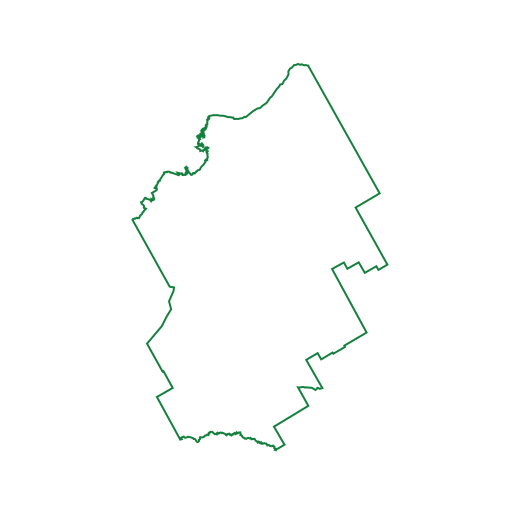 Bahía Blanca, Buenos Aires, Argentina, rotated 106°
{"feature_id": "61730980B87066922657052", "entity_name": "Bahía Blanca", "entity_type": "district", "adm_level": 2, "iso_a3": "ARG", "parent_name": "Argentina", "parent_adm1": "Buenos Aires", "projection": "natural_earth1", "projection_center": [-62.323, -38.588], "detail": "fine", "context": "isolated", "style": "outline", "palette": "green", "viewbox_px": 512, "rotation_deg": 106, "n_neighbors": 0, "source": "geoboundaries", "source_scale": "gbopen_adm2", "svg_char_len": 6132}
<svg xmlns="http://www.w3.org/2000/svg" viewBox="0 0 512 512"><g transform="rotate(106 256 256)"><path d="M434.9,181.6L429.5,176.6L415.1,191.7L385.6,164.4L370.7,179.4L370.5,178.0L369.2,175.4L368.9,174.2L368.9,172.4L368.5,171.8L367.3,165.9L368.4,161.9L367.3,161.1L366.4,160.9L365.8,160.5L365.7,159.8L366.2,158.3L364.7,155.8L342.0,179.1L332.4,170.0L337.4,164.8L327.7,155.8L328.6,154.7L318.9,145.4L317.8,146.4L299.1,128.6L247.5,179.3L238.0,169.7L243.1,164.7L233.8,155.5L242.2,146.8L232.7,137.5L235.6,134.5L228.1,127.3L182.0,173.6L161.7,154.4L58.6,258.4L58.8,258.8L58.7,260.8L59.3,261.8L59.4,263.5L59.1,264.8L60.1,266.4L59.8,268.0L60.0,268.7L61.2,270.1L62.0,272.0L65.3,273.6L66.4,274.9L69.6,275.8L72.5,274.8L77.2,275.8L79.6,277.3L83.4,278.0L84.5,280.1L86.6,280.4L89.6,282.0L98.0,284.7L100.1,286.1L105.9,288.0L109.9,291.3L112.0,292.4L113.2,293.7L113.5,294.8L114.1,295.6L117.5,298.7L125.1,304.0L125.6,305.8L126.6,306.4L127.6,307.6L128.1,309.1L129.2,310.8L129.5,312.6L130.3,314.4L130.2,315.2L129.2,316.0L129.5,316.7L129.5,318.7L130.2,320.7L130.1,325.4L131.1,329.8L131.2,331.5L132.5,336.1L134.3,339.4L134.9,340.0L135.5,340.2L135.8,339.7L136.1,339.8L136.2,339.2L136.6,339.4L136.7,338.9L137.1,338.9L137.8,339.3L137.9,340.3L138.6,340.6L138.9,340.4L139.0,339.9L141.7,339.6L142.9,339.0L143.3,339.2L143.6,340.2L144.4,340.3L145.1,340.1L145.3,339.1L145.7,339.1L146.5,340.0L146.7,339.4L147.3,339.3L147.4,339.6L148.0,339.6L147.9,340.2L148.4,341.1L148.1,341.9L149.5,342.9L150.1,342.9L150.6,342.3L150.0,341.9L150.0,340.8L150.8,341.2L151.2,342.4L151.5,341.9L151.0,341.6L151.0,340.8L152.1,340.3L152.3,341.2L151.9,341.4L152.4,341.6L152.3,342.4L152.8,342.3L152.6,340.9L153.3,340.5L153.2,341.8L153.8,342.9L154.7,341.8L154.2,341.1L153.8,339.5L154.8,339.4L154.8,338.6L155.7,338.5L155.4,339.1L156.1,339.4L155.0,339.8L154.7,340.9L155.2,341.0L155.2,341.4L155.5,341.5L155.6,342.7L155.2,343.3L155.7,343.8L155.8,344.5L157.1,345.6L157.7,344.8L157.4,344.4L157.3,342.7L158.4,344.0L158.6,342.4L159.3,342.0L160.0,342.9L161.2,342.5L162.8,342.9L164.2,342.8L164.3,342.6L163.7,342.3L163.7,341.6L164.1,341.1L163.7,339.4L162.7,339.0L163.7,337.6L164.8,336.8L165.6,336.9L165.8,337.1L165.0,338.0L165.3,338.9L165.3,339.4L164.5,339.5L165.4,340.5L165.0,341.3L165.8,341.3L167.2,342.4L167.8,343.5L167.9,343.0L168.5,342.4L168.4,341.9L168.8,341.4L168.8,339.6L169.8,338.7L170.4,338.5L169.5,337.1L169.8,335.8L168.8,335.8L168.5,335.0L167.6,334.5L166.9,335.0L165.7,334.4L165.9,333.7L165.5,333.7L165.5,333.1L165.0,332.8L165.3,332.1L165.2,331.7L165.6,331.7L167.2,333.4L168.1,333.0L168.5,332.5L168.4,332.2L168.7,331.9L168.6,331.3L168.8,331.2L169.2,331.5L169.1,332.3L169.5,332.4L170.6,331.6L171.1,330.7L172.3,330.6L174.5,329.5L175.3,329.9L177.3,329.3L177.5,330.0L177.2,330.7L177.9,331.1L178.5,331.2L179.3,330.9L179.3,330.6L179.9,330.7L183.0,331.7L184.7,332.9L187.2,333.7L188.0,333.6L188.7,334.0L189.7,335.7L190.7,336.0L190.8,336.4L191.3,336.8L191.9,336.8L193.4,337.6L193.3,338.1L192.4,338.7L193.3,338.4L193.7,338.6L193.6,339.1L193.9,339.6L195.3,339.7L195.9,340.7L193.9,343.7L192.0,345.7L190.0,346.3L189.9,346.9L189.5,347.6L190.1,347.7L190.7,348.4L191.6,347.8L191.9,347.0L193.6,346.3L194.6,345.5L194.7,346.0L195.2,346.5L196.0,346.5L196.2,345.3L197.5,346.1L197.6,347.0L198.1,347.7L198.0,348.4L198.4,349.1L197.9,349.8L197.0,349.7L196.9,350.1L197.7,351.0L197.5,352.1L197.6,354.2L197.9,353.8L197.8,353.1L198.4,353.2L199.2,352.4L199.6,352.5L199.2,359.1L199.4,361.4L199.0,361.5L199.0,363.5L199.4,364.3L199.8,364.5L199.7,365.1L199.9,365.4L200.2,365.3L201.2,367.6L202.7,367.0L204.1,367.9L207.3,368.7L208.4,369.2L210.1,369.2L210.2,369.7L211.0,370.0L210.9,370.3L212.2,370.7L212.5,370.3L215.6,371.0L216.0,371.1L215.9,371.4L216.7,371.7L217.2,371.6L217.1,370.7L218.2,370.5L218.4,372.2L218.6,372.2L218.4,370.5L218.9,370.2L219.0,369.7L219.8,369.7L221.0,370.4L224.1,373.5L226.3,371.3L226.8,371.3L227.4,370.8L228.4,370.9L228.9,370.5L228.8,369.7L229.2,369.5L230.1,369.8L230.0,370.2L230.5,370.3L230.6,370.7L230.2,372.1L231.7,371.5L232.3,371.7L231.9,372.6L231.1,373.4L231.2,376.9L230.4,378.0L230.9,378.8L231.6,378.6L232.3,379.3L234.0,379.5L235.5,380.4L236.1,381.3L237.5,380.1L237.9,378.6L238.5,377.7L239.5,377.2L240.4,377.2L240.8,376.7L240.7,375.4L240.9,374.8L243.4,376.2L244.6,376.3L245.4,377.1L246.9,377.1L248.7,378.3L248.9,378.2L249.3,378.5L251.8,378.9L251.8,379.4L252.3,380.1L252.1,381.2L253.4,382.3L253.3,383.0L253.8,383.3L254.2,384.3L255.3,384.7L309.3,330.5L308.8,326.2L312.1,325.6L323.6,327.1L330.6,322.9L338.9,325.2L349.4,327.2L370.3,336.6L392.9,313.9L392.2,313.2L405.8,299.7L418.8,312.4L453.4,278.2L452.5,276.9L451.7,277.9L451.3,277.9L450.0,276.4L449.5,275.7L450.2,274.5L450.0,273.3L448.5,271.5L448.3,269.3L448.4,266.5L449.1,265.4L448.8,264.6L448.9,264.0L450.9,261.6L450.9,260.7L449.6,259.8L448.4,260.1L447.5,259.4L445.9,259.9L445.5,259.7L445.5,258.2L444.3,256.3L443.1,255.8L442.7,255.5L442.5,254.7L441.3,253.9L441.0,253.1L441.3,252.5L440.8,252.2L439.8,252.7L439.0,252.6L438.9,251.8L438.3,251.9L437.6,251.3L437.1,249.5L437.5,249.1L438.6,246.4L437.8,245.0L438.3,244.5L438.3,244.2L437.8,243.9L437.2,244.8L436.4,244.3L436.7,243.2L436.5,242.2L435.9,242.2L435.3,240.8L435.7,240.1L435.1,239.4L435.6,237.0L435.5,236.3L435.6,235.9L436.2,235.7L436.5,234.9L434.9,234.1L434.8,233.4L434.1,232.9L434.4,232.0L435.0,232.0L435.3,230.0L434.7,229.6L434.2,229.9L433.7,229.5L433.7,228.8L432.0,227.9L432.0,227.1L432.9,226.6L432.4,226.1L430.9,226.0L431.5,224.6L430.5,224.1L429.9,222.5L430.8,222.2L431.3,221.6L432.4,221.7L432.6,220.6L432.5,220.2L433.8,218.9L434.1,218.2L434.0,217.3L434.6,216.5L434.3,215.6L434.5,215.1L433.0,213.6L433.1,211.0L433.1,210.6L432.6,210.7L432.9,209.8L433.2,209.5L432.9,209.2L432.9,208.6L432.2,207.0L433.6,205.4L434.0,204.3L433.9,203.9L434.9,202.9L434.3,202.4L434.6,201.2L433.9,201.4L434.3,200.3L433.6,199.8L434.1,198.8L434.7,199.1L434.9,198.9L434.6,197.6L433.6,196.5L433.7,195.3L433.5,194.4L433.9,194.1L434.3,193.3L434.9,192.9L434.3,192.2L434.2,191.2L434.7,190.6L434.4,190.1L434.7,189.4L434.4,188.1L433.6,187.5L433.6,187.0L434.1,186.6L434.4,185.6L435.5,185.6L435.9,184.4L437.1,184.4L436.8,183.6L437.0,183.3L436.6,183.2L436.2,183.6L434.9,181.6Z" fill="none" stroke="#15803d" stroke-width="2"/></g></svg>